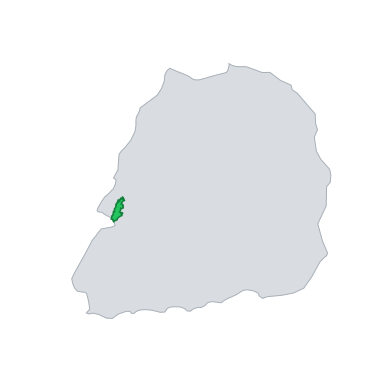 Tranqueras, Rivera, Uruguay (highlighted), rotated 254°
{"feature_id": "84410073B22832940663467", "entity_name": "Tranqueras", "entity_type": "district", "adm_level": 2, "iso_a3": "URY", "parent_name": "Uruguay", "parent_adm1": "Rivera", "projection": "natural_earth1", "projection_center": [-55.729, -31.199], "detail": "fine", "context": "in_parent", "style": "filled", "palette": "green", "viewbox_px": 384, "rotation_deg": 254, "n_neighbors": 0, "source": "geoboundaries", "source_scale": "gbopen_adm2", "svg_char_len": 3928}
<svg xmlns="http://www.w3.org/2000/svg" viewBox="0 0 384 384"><g transform="rotate(254 192 192)"><path d="M305.2,263.0L302.9,265.1L300.3,269.2L297.4,278.9L287.5,292.4L285.5,299.9L274.9,307.8L267.4,316.7L262.6,316.5L258.2,320.3L233.0,331.9L224.0,329.7L217.3,329.8L211.1,324.7L196.9,322.8L188.0,324.8L176.1,330.5L172.5,330.4L169.9,330.1L163.4,327.7L159.9,322.8L141.5,317.1L126.7,304.1L109.2,303.9L95.8,305.5L93.7,303.8L92.3,300.5L89.5,295.7L77.9,284.2L68.7,272.9L66.9,261.7L68.0,249.5L70.7,235.1L70.2,230.6L73.5,228.0L76.8,227.5L80.0,223.8L82.8,218.2L83.3,213.9L81.0,206.0L79.4,194.9L77.5,189.4L81.2,180.8L81.3,176.5L79.1,172.8L78.5,169.0L79.5,165.1L79.3,161.3L77.9,157.7L78.9,154.8L82.3,152.4L84.8,148.8L86.4,143.9L87.2,140.2L87.3,137.6L86.2,135.2L84.1,132.9L85.1,128.3L89.1,121.5L91.6,115.5L92.8,110.2L92.7,106.0L91.3,102.8L91.9,100.6L94.4,99.4L95.4,96.0L95.0,87.5L92.4,80.5L94.4,74.9L100.0,68.5L102.9,63.3L103.1,59.4L104.8,57.1L107.6,61.4L115.6,62.5L123.6,62.7L124.9,61.6L128.1,54.6L132.2,52.6L136.8,52.1L141.8,52.5L147.0,57.1L162.0,72.2L173.0,82.7L176.4,87.6L179.3,91.3L181.5,94.8L180.5,103.7L180.7,107.7L181.2,108.8L183.7,108.9L187.4,108.2L190.5,106.3L193.0,103.4L195.4,101.1L197.3,99.8L198.0,97.9L199.1,96.0L200.3,95.6L202.4,97.0L207.5,102.1L211.5,106.9L212.5,109.6L214.0,112.4L215.6,114.9L216.8,117.3L220.6,120.4L224.5,122.4L227.1,120.4L233.8,126.9L248.4,132.3L251.0,135.6L253.5,140.3L258.6,147.4L265.7,153.7L271.3,156.4L276.8,158.0L279.8,159.4L281.9,161.8L285.2,164.4L287.3,165.4L288.0,167.8L290.1,172.9L292.4,179.4L294.8,185.5L300.0,191.3L306.0,195.8L312.2,198.3L315.6,201.5L317.1,204.8L312.9,209.7L308.3,215.8L304.3,220.6L300.1,224.0L298.8,226.3L297.8,229.9L297.7,249.0L297.4,256.1L297.6,258.0L298.2,259.2L300.8,261.1L303.9,262.7L305.2,263.0Z" fill="#d9dde1" stroke="#a8b0b8" stroke-width="1"/><path d="M188.4,106.8L188.2,106.9L188.0,107.3L187.8,107.8L187.7,108.0L187.6,108.3L187.4,108.4L187.2,108.5L186.8,108.6L186.7,108.6L186.4,108.4L186.3,108.2L186.2,108.1L185.9,108.3L185.7,108.5L185.4,108.5L185.2,108.5L184.9,108.6L184.9,108.8L185.5,109.8L185.8,110.2L185.7,110.9L185.9,111.1L185.8,111.7L185.8,111.9L186.1,112.5L186.5,112.7L187.0,112.9L187.8,114.4L188.4,115.5L188.2,115.9L188.4,116.2L188.6,116.8L188.6,117.4L188.9,117.7L188.8,118.1L189.1,118.1L189.3,118.3L189.5,118.1L189.6,118.4L190.1,118.4L190.5,118.7L190.5,119.4L190.8,119.5L191.2,119.4L191.6,118.9L191.4,118.6L191.2,118.6L191.1,118.3L191.2,118.0L191.2,117.9L191.3,117.7L191.7,117.7L192.1,117.5L192.6,117.3L192.7,116.9L192.9,116.9L193.0,117.3L193.8,118.1L194.8,118.4L195.2,118.9L195.5,118.8L195.9,118.9L195.2,119.3L195.5,120.5L195.7,121.6L196.1,121.6L196.9,121.8L197.1,121.4L197.7,121.7L197.8,122.0L198.2,122.3L198.8,121.9L198.8,121.7L199.1,121.7L199.3,121.5L199.7,121.5L199.7,121.2L200.0,120.6L200.6,121.0L200.9,121.2L201.8,122.4L202.3,123.4L202.4,124.7L205.0,124.5L206.3,123.9L206.2,123.7L205.9,123.7L205.2,124.1L204.5,124.1L203.9,123.7L203.7,123.6L203.8,123.5L204.9,122.7L204.9,122.0L205.1,122.0L205.3,122.0L205.6,122.0L205.5,121.8L205.6,121.6L205.3,121.2L204.8,121.2L204.4,121.1L204.3,120.5L204.2,120.3L204.4,120.1L204.5,119.7L204.6,119.1L204.6,118.8L204.4,118.8L204.2,119.1L204.0,118.9L203.9,118.8L203.9,118.7L204.0,118.6L204.0,118.3L203.8,118.2L203.7,118.4L203.4,118.7L203.4,118.9L203.1,119.2L203.1,118.5L202.8,118.4L202.7,118.6L202.3,118.2L202.2,117.8L202.6,117.4L202.6,117.2L202.4,117.0L202.1,117.3L201.7,116.4L201.3,116.4L201.2,116.0L201.2,115.7L201.0,115.8L200.7,115.7L200.6,116.0L200.6,115.6L200.4,115.3L199.8,115.3L199.8,115.0L199.6,115.0L198.2,114.4L197.9,113.7L197.4,113.0L197.1,112.7L196.9,112.6L196.7,112.8L196.3,112.7L195.9,112.5L195.3,112.5L195.0,112.4L194.6,112.2L194.3,112.1L194.3,111.9L194.9,111.5L195.0,111.1L194.4,110.9L193.2,110.3L192.7,110.3L192.4,110.0L192.1,110.1L191.6,109.9L191.5,109.4L191.3,108.9L191.1,108.8L191.0,108.2L190.2,108.1L189.7,107.8L188.8,107.2L188.4,106.8Z" fill="#22c55e" stroke="#15803d" stroke-width="1.5"/></g></svg>